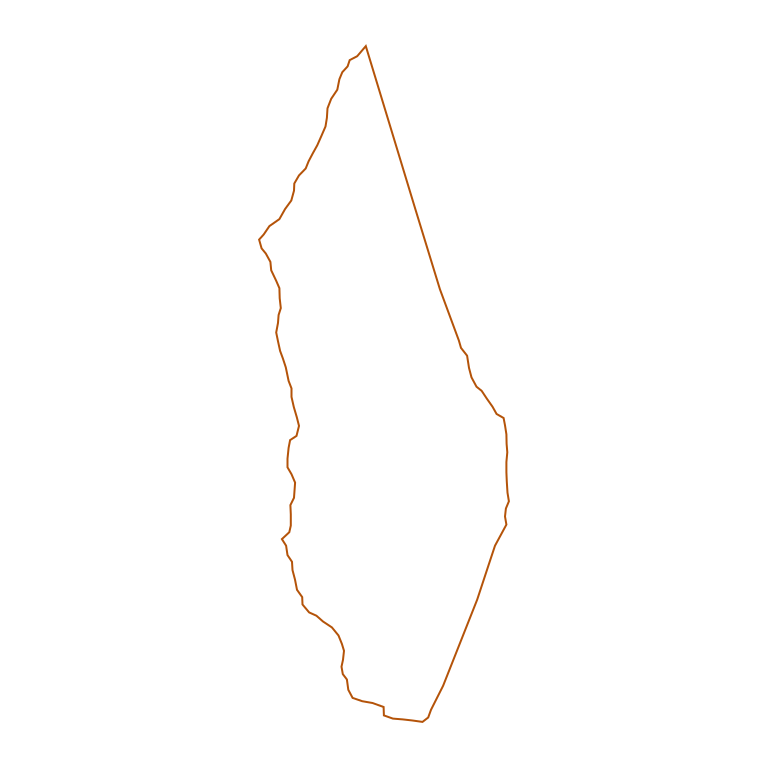 Santanópolis, Bahia, Brazil
{"feature_id": "56859067B97694187874287", "entity_name": "Santanópolis", "entity_type": "district", "adm_level": 2, "iso_a3": "BRA", "parent_name": "Brazil", "parent_adm1": "Bahia", "projection": "mercator", "projection_center": [-38.873, -11.961], "detail": "fine", "context": "isolated", "style": "outline", "palette": "amber", "viewbox_px": 768, "rotation_deg": 0, "n_neighbors": 0, "source": "geoboundaries", "source_scale": "gbopen_adm2", "svg_char_len": 1570}
<svg xmlns="http://www.w3.org/2000/svg" viewBox="0 0 768 768"><path d="M365.8,46.1L357.2,56.2L349.7,60.1L347.6,66.4L342.3,72.2L339.4,79.2L337.3,89.7L331.2,98.8L327.5,108.3L326.9,117.8L325.5,126.5L321.2,136.4L317.3,145.2L312.7,153.5L308.6,161.3L305.7,168.5L299.0,175.4L294.3,183.5L294.0,190.7L291.3,200.5L285.1,209.0L279.4,219.1L269.4,226.1L263.7,234.5L259.1,239.6L261.6,248.4L265.8,253.5L270.4,261.9L271.2,270.3L276.2,280.8L279.4,288.2L279.7,298.3L280.8,308.1L278.6,315.0L278.0,322.9L276.2,332.5L278.0,341.3L280.1,350.9L282.9,358.5L285.8,367.4L288.6,380.9L291.5,388.4L291.5,396.9L293.8,407.0L296.8,417.2L299.0,425.9L296.5,435.9L290.1,440.1L288.6,447.9L287.5,458.7L287.5,467.3L291.5,474.2L295.1,482.6L294.0,497.8L290.4,505.1L290.8,514.3L290.8,525.6L289.3,532.2L281.9,539.1L286.1,545.7L287.5,555.1L292.0,561.8L292.5,570.1L295.0,579.6L297.0,589.8L302.2,597.1L302.5,604.5L309.1,612.4L316.4,615.7L323.0,621.5L331.9,627.4L338.5,635.5L341.9,643.9L344.0,650.8L343.0,659.8L341.5,666.7L342.8,674.1L346.9,679.5L348.3,689.8L352.6,697.9L362.2,701.2L372.5,703.0L383.6,707.0L383.9,715.4L392.9,718.6L402.8,719.4L412.5,720.5L422.5,721.9L428.2,717.5L431.0,709.8L443.1,685.8L477.2,599.6L489.1,563.5L495.0,545.7L506.4,524.6L505.0,516.5L505.9,508.5L508.9,501.3L507.5,492.7L506.8,481.8L506.4,472.3L506.4,462.0L507.3,452.3L506.6,443.8L506.4,434.3L505.0,425.3L503.6,418.0L496.6,414.0L492.5,406.7L486.8,398.6L481.7,390.9L476.5,386.7L471.5,377.4L469.0,367.9L467.1,355.7L461.0,347.9L458.9,340.6L439.9,289.2L415.3,209.0L393.2,136.2L365.8,46.1Z" fill="none" stroke="#b45309" stroke-width="2"/></svg>